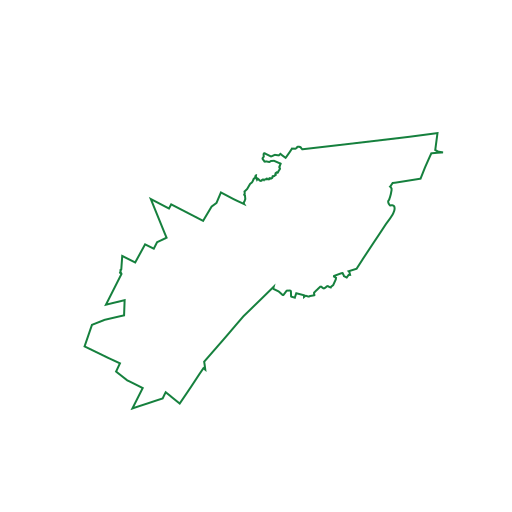 Abasolo, Tamaulipas, Mexico (Equal Earth projection), rotated 207°
{"feature_id": "50627088B78235434296900", "entity_name": "Abasolo", "entity_type": "district", "adm_level": 2, "iso_a3": "MEX", "parent_name": "Mexico", "parent_adm1": "Tamaulipas", "projection": "equal_earth", "projection_center": [-98.244, 24.128], "detail": "fine", "context": "isolated", "style": "outline", "palette": "green", "viewbox_px": 512, "rotation_deg": 207, "n_neighbors": 0, "source": "geoboundaries", "source_scale": "gbopen_adm2", "svg_char_len": 5452}
<svg xmlns="http://www.w3.org/2000/svg" viewBox="0 0 512 512"><g transform="rotate(207 256 256)"><path d="M150.1,447.9L173.1,432.1L180.4,427.2L234.4,391.2L263.2,372.1L263.4,372.2L263.8,372.3L264.5,372.5L265.2,373.0L265.8,373.2L266.6,373.1L266.7,372.9L267.5,372.8L267.8,372.6L268.0,372.5L268.4,372.3L268.7,371.9L268.8,371.6L268.8,371.3L268.8,371.0L268.9,370.7L269.1,370.3L269.5,369.6L270.0,369.2L270.4,369.1L271.1,368.9L271.6,368.4L272.7,368.1L273.1,364.3L274.0,357.9L274.2,356.9L278.5,357.6L280.6,358.1L281.3,356.1L281.6,355.9L285.1,354.7L285.3,354.5L286.9,352.5L287.6,351.7L287.9,351.5L294.5,351.4L294.9,351.5L295.4,351.2L295.5,351.0L295.5,350.9L295.5,350.3L295.4,350.1L295.0,349.3L294.3,348.3L294.2,348.1L294.2,347.9L294.5,346.5L294.5,346.3L294.5,346.0L294.3,345.8L293.9,345.5L293.8,345.2L292.4,344.7L292.0,344.4L291.4,344.0L291.2,344.0L290.8,344.1L290.1,344.8L289.9,344.9L286.8,345.8L286.7,345.9L285.9,347.3L285.7,347.5L283.2,349.0L280.1,349.2L276.5,349.4L276.3,349.5L276.1,349.3L275.9,349.3L275.8,347.1L275.6,347.0L275.6,346.8L275.7,346.3L275.7,346.0L275.7,345.9L275.4,345.5L275.2,345.3L274.7,345.2L274.4,344.9L274.3,344.7L274.2,344.4L274.3,343.3L274.5,342.0L274.4,341.6L274.4,341.3L274.5,340.6L274.4,340.4L274.4,340.2L274.5,340.0L274.6,339.9L274.8,339.9L275.0,339.9L275.3,339.8L275.5,339.9L276.0,339.0L276.1,338.8L276.0,338.6L276.0,338.0L275.9,337.8L275.6,337.8L275.5,337.6L275.3,337.4L275.2,337.2L275.6,336.5L275.7,336.4L275.8,336.4L275.9,336.1L276.0,335.6L276.2,335.4L276.3,335.3L276.5,335.2L276.8,335.0L277.3,334.8L277.4,334.7L277.4,334.4L277.3,334.1L277.0,333.6L277.0,333.4L277.0,333.2L277.1,332.7L277.4,332.4L277.6,332.1L277.7,331.8L278.0,331.6L278.6,331.4L278.7,331.5L278.8,331.6L279.0,331.7L279.4,331.3L279.4,331.2L279.2,330.8L279.2,330.7L279.1,330.4L279.2,330.2L279.4,330.1L279.8,329.9L280.2,329.9L280.8,329.7L281.0,329.4L281.2,329.5L281.3,329.6L281.3,329.8L281.5,329.9L281.7,329.7L281.7,329.4L281.7,329.2L281.8,329.1L282.2,328.8L282.4,328.6L282.5,328.4L282.7,328.2L282.9,328.0L283.2,327.8L283.3,327.7L283.5,327.5L283.5,327.3L283.8,327.4L284.0,327.5L284.4,327.4L284.6,327.3L284.8,327.0L285.1,326.5L285.2,326.4L285.2,325.7L285.3,325.6L285.5,325.4L285.7,325.2L286.0,325.0L286.3,324.9L286.6,325.0L286.8,325.0L287.2,325.0L287.5,325.2L287.8,325.2L288.1,325.3L288.3,325.3L288.7,325.6L289.1,325.6L289.5,325.7L289.7,324.5L289.8,324.6L290.0,324.6L290.3,325.2L290.6,325.5L291.9,326.2L292.1,326.5L292.6,327.8L292.7,327.7L292.8,327.5L292.8,327.3L292.4,325.0L292.4,324.8L292.4,324.6L292.6,324.4L293.0,324.1L293.1,323.9L292.9,321.2L292.9,320.8L293.0,319.9L293.1,319.5L293.9,317.8L294.0,317.4L294.3,311.7L295.4,308.5L295.5,308.3L295.4,308.2L294.4,306.5L294.3,306.3L294.3,306.1L294.4,305.6L294.4,305.3L294.3,305.2L294.2,305.1L293.9,305.0L293.7,305.1L293.4,305.0L293.3,304.9L291.4,301.9L291.4,301.7L291.1,299.8L291.1,299.5L291.2,298.4L291.1,298.1L291.0,297.9L290.7,297.4L290.5,297.1L290.2,296.9L297.7,296.6L302.0,296.5L316.1,296.7L315.8,292.6L315.3,285.3L318.0,279.9L319.1,263.3L355.0,263.5L355.1,258.8L375.6,259.0L347.9,235.0L344.0,231.7L350.4,223.4L350.4,216.1L352.3,216.1L360.1,216.0L360.7,195.4L375.2,195.3L370.0,183.0L370.4,181.9L370.1,181.6L369.8,181.4L369.8,180.7L369.7,180.5L369.6,180.3L369.5,180.1L369.5,179.8L369.6,179.6L369.6,179.4L369.4,179.3L369.2,179.4L369.0,179.5L368.9,179.6L368.7,179.7L368.4,179.5L368.4,179.4L368.2,179.1L368.1,178.9L367.9,178.9L367.8,178.6L367.7,178.6L367.6,144.5L353.0,157.0L346.6,143.2L349.9,140.5L361.9,130.4L370.9,120.2L367.7,97.6L341.2,98.1L328.5,98.6L328.2,89.5L314.1,86.7L312.8,86.8L297.0,86.9L296.9,64.1L291.8,69.3L285.3,75.8L280.1,81.1L274.9,86.3L274.5,86.7L274.6,90.9L274.6,93.6L268.2,92.3L268.0,92.2L257.0,89.9L255.5,101.8L254.7,108.3L254.6,109.0L252.8,125.2L251.9,132.2L249.6,131.7L252.4,135.8L254.2,138.3L246.1,170.6L242.5,185.7L239.8,196.7L238.6,200.2L231.6,220.8L226.3,236.6L226.0,235.2L225.7,234.7L225.2,234.6L220.0,234.7L219.2,234.6L214.8,233.4L214.4,233.4L214.1,233.5L213.9,233.7L213.8,234.0L213.0,238.7L212.8,239.1L212.6,239.3L210.1,240.6L209.5,240.7L209.0,240.5L208.7,240.1L206.5,236.1L206.3,235.9L206.0,235.8L205.6,235.9L202.5,236.5L202.6,236.9L203.2,241.1L195.5,242.8L194.7,241.5L194.6,241.3L194.0,242.7L193.8,243.0L193.5,243.2L191.1,243.6L190.7,243.8L190.0,244.3L189.9,244.7L186.3,247.4L186.2,247.7L187.1,248.7L187.5,249.5L187.6,249.8L187.5,250.0L186.6,252.8L186.4,253.3L186.0,254.2L186.0,254.5L184.8,257.8L184.2,258.2L183.8,258.3L182.4,257.9L181.2,257.8L180.7,258.0L180.0,259.0L179.6,259.8L179.2,260.9L178.8,261.5L178.5,261.7L178.1,261.8L177.9,261.7L177.5,261.7L176.4,261.7L175.1,261.9L175.1,262.8L174.0,265.1L174.2,269.6L174.3,271.4L174.8,272.9L176.8,273.1L177.2,273.1L177.4,273.7L172.4,279.1L171.6,279.8L171.2,279.7L171.0,280.0L169.3,278.8L168.5,278.0L165.4,278.0L164.9,281.1L163.6,281.9L165.6,284.2L166.5,284.5L160.6,290.3L159.5,301.0L159.5,301.4L157.1,322.6L156.2,330.1L154.7,343.6L153.6,350.2L153.1,354.8L153.1,356.3L153.4,359.2L153.9,360.9L154.4,361.8L154.8,362.3L155.2,362.8L155.7,363.1L156.3,363.2L157.0,363.2L157.6,363.1L157.8,363.0L158.4,362.7L159.0,362.1L159.4,361.9L159.8,362.0L160.6,362.4L161.4,362.8L161.9,363.2L162.8,364.2L163.1,364.9L163.1,365.5L162.9,366.8L163.1,367.4L163.3,369.1L163.9,372.1L165.1,376.2L165.9,377.7L166.6,378.1L167.1,378.5L168.0,378.7L167.9,379.0L167.4,383.1L165.1,384.6L144.5,399.6L145.6,411.4L145.7,413.0L146.1,420.4L146.3,424.4L146.4,427.1L141.3,430.3L136.4,433.2L141.1,431.7L144.4,431.8L150.1,447.9Z" fill="none" stroke="#15803d" stroke-width="2"/></g></svg>